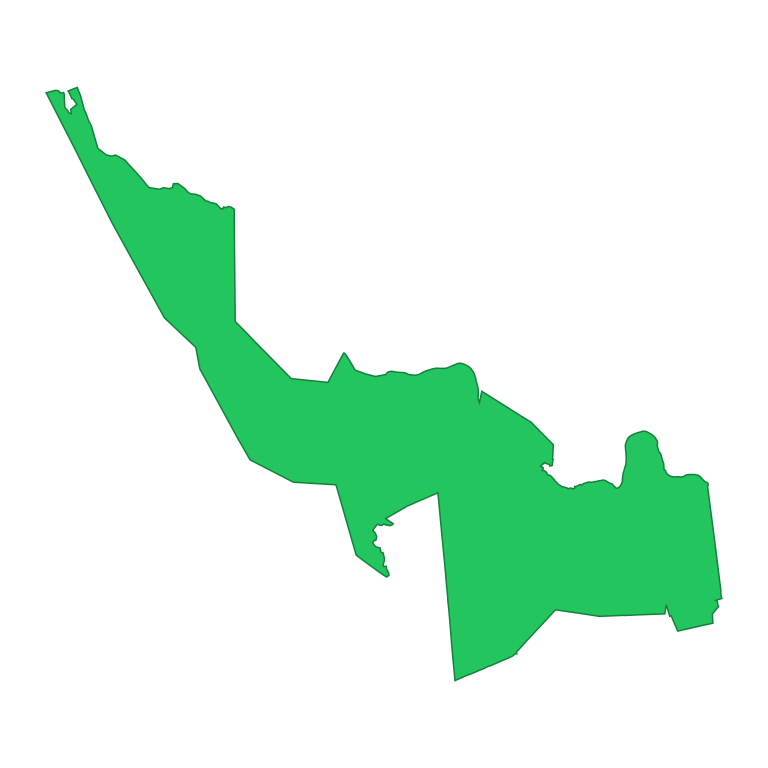 Tuxpan, Nayarit, Mexico
{"feature_id": "50627088B21538362927498", "entity_name": "Tuxpan", "entity_type": "district", "adm_level": 2, "iso_a3": "MEX", "parent_name": "Mexico", "parent_adm1": "Nayarit", "projection": "natural_earth1", "projection_center": [-105.318, 21.993], "detail": "fine", "context": "isolated", "style": "filled", "palette": "green", "viewbox_px": 768, "rotation_deg": 0, "n_neighbors": 0, "source": "geoboundaries", "source_scale": "gbopen_adm2", "svg_char_len": 5987}
<svg xmlns="http://www.w3.org/2000/svg" viewBox="0 0 768 768"><path d="M667.6,474.6L666.7,473.4L665.5,470.6L664.1,469.5L663.9,466.9L663.7,463.5L662.6,460.6L661.7,457.4L660.5,453.5L658.8,451.3L658.1,449.1L657.2,445.4L657.6,443.1L657.2,440.9L656.0,438.9L655.3,437.7L654.5,436.9L653.1,435.6L651.5,434.4L649.3,433.1L647.7,432.2L645.3,431.3L643.9,431.2L642.3,431.3L640.8,431.9L639.0,432.3L636.9,433.0L634.6,433.7L631.5,435.2L629.8,436.3L628.5,437.5L627.6,439.0L627.1,440.0L625.7,443.4L625.3,445.8L625.5,448.7L625.9,452.1L626.2,457.4L626.1,461.4L625.8,464.4L623.2,473.1L622.5,478.3L622.4,481.2L621.8,483.0L621.2,484.3L620.5,485.6L619.7,486.8L618.4,487.7L617.3,488.1L616.2,488.2L615.8,488.0L615.0,486.9L613.7,485.8L611.9,483.8L610.1,483.4L607.7,482.0L605.7,480.7L603.5,480.0L601.5,480.4L599.4,480.8L599.1,480.8L598.2,480.9L597.8,481.1L596.0,481.5L594.2,481.7L593.2,482.0L592.7,482.1L592.4,482.2L592.0,482.2L591.0,482.3L590.5,482.2L589.7,482.0L589.2,482.0L588.4,482.2L587.9,482.2L587.1,482.4L586.7,482.6L586.2,482.7L585.1,483.1L584.2,483.4L583.4,483.5L583.1,483.8L582.8,484.3L582.5,484.6L581.9,484.9L581.6,484.9L581.3,484.9L580.4,484.5L580.0,484.5L579.8,484.6L579.4,484.8L578.0,485.6L576.5,486.4L576.0,486.5L574.9,486.5L574.6,486.5L574.5,487.0L574.7,487.9L574.7,488.2L574.6,488.3L573.8,488.7L573.6,488.8L572.2,488.4L570.9,488.1L570.6,488.1L570.1,488.1L569.5,488.2L569.3,488.3L568.9,488.7L568.8,488.8L568.3,488.7L567.9,488.6L567.6,488.5L567.2,488.1L566.7,488.0L566.6,487.9L566.2,487.7L565.3,487.4L563.5,487.0L562.6,486.7L562.1,486.6L561.3,486.2L560.0,485.3L559.5,485.2L559.2,485.0L558.2,484.2L557.9,483.9L557.5,483.6L557.3,483.4L557.0,482.8L556.8,482.5L555.0,481.1L554.8,480.8L554.7,480.5L554.7,480.2L554.3,479.8L554.2,479.5L553.8,479.2L553.5,478.9L553.2,478.6L552.9,478.2L552.7,478.0L552.0,477.2L551.3,476.4L550.8,476.0L550.4,475.6L549.5,475.2L548.1,474.9L547.9,474.8L547.7,474.6L547.3,474.2L547.0,473.7L546.6,472.6L546.4,472.1L546.2,471.9L545.9,471.8L545.4,471.8L545.3,471.7L545.2,471.6L545.0,471.1L544.5,470.8L544.0,470.6L542.3,470.5L542.1,470.4L542.6,469.5L543.3,468.5L542.9,467.4L542.4,467.0L540.7,466.6L540.5,466.4L543.2,463.3L543.7,463.8L545.0,462.4L545.8,463.3L546.1,463.6L548.7,464.2L549.2,464.4L549.4,464.7L549.6,465.3L549.7,465.8L549.9,466.1L550.0,466.1L550.4,466.0L551.5,465.7L552.3,465.4L552.3,465.1L552.3,463.2L552.6,463.1L552.7,460.8L552.7,460.5L552.9,460.3L553.0,460.2L553.3,459.6L552.6,459.0L552.9,453.9L553.0,450.1L553.4,444.9L531.4,422.5L531.2,422.2L527.7,420.1L524.6,418.2L518.6,414.5L512.8,410.8L481.8,391.3L479.4,402.6L478.6,400.3L478.1,399.0L478.1,395.9L478.3,394.3L478.4,392.8L478.4,391.3L477.8,387.0L476.8,383.1L475.8,380.2L476.0,379.5L474.3,374.0L473.3,371.9L473.0,371.4L472.2,370.4L471.7,369.7L470.6,368.2L467.9,366.1L465.0,364.6L461.7,363.4L459.0,363.2L457.2,363.7L453.4,365.3L447.8,367.7L445.6,368.3L442.4,368.4L435.8,368.2L432.4,368.9L426.2,370.8L424.0,371.7L422.1,372.9L418.2,374.7L415.7,375.2L414.8,375.2L409.6,374.7L408.9,374.5L408.3,374.3L407.0,373.7L404.9,372.8L403.4,372.6L396.7,372.2L396.1,372.0L393.9,371.7L392.6,371.4L392.1,371.3L391.5,371.3L390.9,371.3L390.4,371.4L389.3,371.7L388.2,372.0L387.8,372.2L387.3,372.6L386.9,372.9L386.6,373.4L386.3,373.9L386.2,374.3L385.6,374.5L376.2,376.4L374.7,376.3L365.9,374.0L355.1,370.1L352.6,365.7L348.7,359.2L348.3,358.6L346.2,355.1L344.9,353.6L344.7,353.2L343.7,353.0L339.5,360.7L338.7,362.3L330.1,378.3L328.1,382.4L291.2,378.6L254.1,340.9L246.6,333.0L235.2,321.5L234.5,247.3L234.2,209.2L231.2,207.2L228.3,206.4L225.9,207.8L223.7,206.9L222.6,209.1L220.2,208.2L216.1,203.7L210.2,202.5L207.7,201.1L206.1,201.2L200.4,195.9L195.3,194.2L190.3,193.9L187.9,192.1L184.3,188.2L177.8,183.5L173.4,183.7L172.5,187.4L169.6,188.7L163.4,187.7L159.3,189.3L148.9,187.5L146.8,185.1L140.6,177.4L124.2,159.5L120.7,157.8L115.5,155.0L112.0,156.2L106.2,154.9L97.9,148.4L91.4,125.9L88.2,119.7L86.0,113.1L84.3,109.8L80.6,95.9L77.2,87.4L68.1,91.0L70.0,94.2L71.8,98.5L73.1,99.0L76.9,104.3L70.7,109.4L71.4,113.7L68.7,112.8L67.8,110.7L64.8,107.5L64.1,93.4L63.4,92.6L60.9,93.1L58.2,90.7L55.8,90.3L46.1,92.7L76.6,152.3L88.6,176.4L112.4,223.5L164.4,317.8L195.8,347.4L199.8,368.8L237.7,438.3L250.1,459.9L293.4,482.2L336.0,484.8L356.2,555.1L359.9,558.0L371.6,566.6L382.7,574.6L386.5,577.0L389.0,575.5L388.6,572.8L386.9,569.6L386.5,568.8L386.2,566.2L383.8,566.4L383.0,565.7L383.5,563.4L384.4,560.8L384.4,558.1L384.1,556.9L383.1,552.9L380.8,551.9L380.2,548.0L379.2,547.7L377.2,547.2L376.4,547.2L374.6,545.5L372.6,542.6L374.4,540.5L376.0,540.0L376.7,536.5L375.1,532.8L373.2,531.1L373.4,529.3L375.8,526.2L377.6,524.1L378.3,524.5L379.5,525.2L381.1,525.4L381.9,525.4L383.5,524.3L383.8,524.2L384.5,524.3L385.7,525.0L386.5,525.1L387.8,525.0L389.3,525.8L389.7,525.8L392.7,524.6L393.2,523.7L389.6,521.3L385.6,518.5L389.9,516.1L406.8,506.4L407.5,506.0L419.1,500.9L437.9,492.8L438.4,497.8L441.9,535.5L442.7,543.0L443.3,550.0L444.4,560.7L444.7,564.5L445.1,568.7L445.5,572.7L445.8,576.9L447.6,596.1L447.8,599.6L448.0,602.5L448.8,609.6L449.5,617.9L452.0,648.4L455.0,680.6L466.5,675.5L470.5,674.1L479.0,670.5L484.0,668.5L487.8,666.5L489.7,666.0L489.8,666.0L495.5,663.6L502.7,660.4L507.8,658.3L512.7,656.0L514.9,653.6L516.8,653.9L516.6,651.9L518.8,649.6L520.7,647.4L523.0,645.0L526.7,640.8L551.4,614.3L551.7,613.9L555.5,609.8L562.3,610.8L565.0,611.2L582.1,613.7L599.8,616.4L605.1,616.1L622.6,615.4L624.7,615.5L636.9,614.9L658.7,614.1L664.8,613.9L666.3,604.7L668.5,612.1L669.8,616.4L671.2,615.9L674.9,624.6L677.7,631.1L705.6,624.7L705.6,624.8L712.9,623.2L712.6,618.4L712.4,613.4L713.3,613.0L715.8,609.8L718.6,606.7L717.8,605.0L717.4,602.3L716.9,600.3L716.3,600.2L717.2,599.8L721.9,598.5L720.9,595.1L720.8,590.0L714.5,539.7L707.6,486.7L707.7,486.1L708.0,485.4L708.1,485.0L708.1,483.7L707.2,482.7L704.9,481.6L704.2,481.0L702.3,479.1L701.5,478.0L700.3,476.8L699.6,476.1L697.8,475.2L695.8,474.7L693.9,474.5L689.5,474.5L687.3,474.7L685.9,475.1L684.2,476.2L681.4,477.1L678.7,476.7L673.6,476.9L670.8,476.3L667.6,474.6Z" fill="#22c55e" stroke="#15803d" stroke-width="1.5"/></svg>